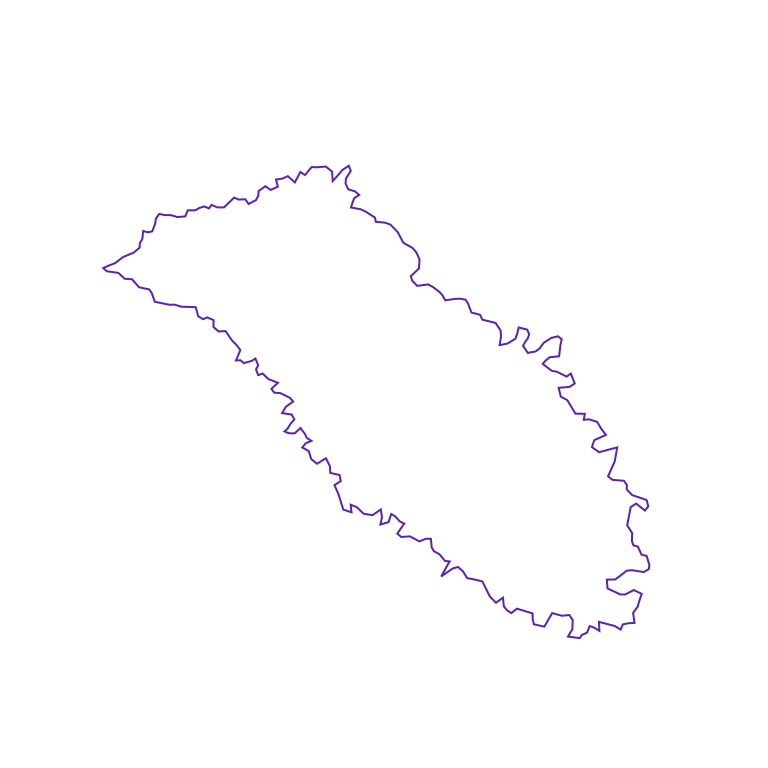 Quevedos, Rio Grande do Sul, Brazil, rotated 283°
{"feature_id": "56859067B61600726657402", "entity_name": "Quevedos", "entity_type": "district", "adm_level": 2, "iso_a3": "BRA", "parent_name": "Brazil", "parent_adm1": "Rio Grande do Sul", "projection": "orthographic", "projection_center": [-54.066, -29.293], "detail": "fine", "context": "isolated", "style": "outline", "palette": "violet", "viewbox_px": 768, "rotation_deg": 283, "n_neighbors": 0, "source": "geoboundaries", "source_scale": "gbopen_adm2", "svg_char_len": 3702}
<svg xmlns="http://www.w3.org/2000/svg" viewBox="0 0 768 768"><g transform="rotate(283 384 384)"><path d="M183.6,594.8L198.6,599.4L198.2,609.5L200.6,616.6L196.3,621.0L187.4,622.7L179.3,620.1L180.4,631.8L184.1,633.3L187.3,637.7L194.4,638.9L193.8,643.9L191.9,649.4L200.6,647.0L200.1,663.4L197.9,669.8L203.5,670.8L205.9,676.0L207.6,681.9L217.0,678.2L224.0,681.2L230.7,681.6L237.5,682.3L239.4,673.7L233.2,666.3L232.1,661.6L235.1,647.8L243.5,645.1L245.6,653.4L256.8,662.6L258.4,667.8L259.2,679.4L263.1,683.6L267.1,683.4L275.6,678.6L275.6,673.4L282.7,667.9L282.9,663.3L287.0,660.8L294.5,659.4L301.0,652.7L319.6,652.1L324.2,656.6L319.4,666.8L324.3,669.0L330.0,666.0L331.6,650.7L336.0,644.1L340.0,643.5L343.7,639.6L342.0,628.2L344.4,623.1L360.7,626.2L374.7,625.5L371.7,619.8L365.9,608.9L369.3,600.8L376.6,601.5L384.3,611.7L389.3,605.7L395.1,600.1L395.7,591.9L394.1,586.7L400.1,586.4L398.2,577.2L409.5,566.2L411.5,559.1L419.6,555.0L422.9,565.4L427.4,569.7L436.2,563.7L432.3,560.2L434.9,549.4L434.5,544.7L439.3,534.1L443.3,536.3L447.4,539.5L450.4,548.4L461.8,547.1L467.6,547.1L469.6,542.7L466.5,536.6L460.1,530.4L453.3,527.4L449.8,524.4L446.7,517.1L452.4,510.9L456.9,512.1L460.6,513.8L465.1,514.3L469.2,511.3L469.4,502.5L462.9,502.5L457.6,501.8L451.1,495.1L447.9,487.9L456.5,487.4L462.3,485.6L468.6,479.0L468.8,465.4L473.1,462.0L473.3,453.1L481.5,447.6L484.5,444.5L484.3,439.3L483.0,434.3L479.3,424.9L483.6,421.0L486.2,417.3L489.5,409.8L491.0,404.7L487.1,394.3L491.0,388.2L495.1,385.9L504.5,392.1L513.4,390.6L519.4,386.0L522.9,381.4L526.0,371.0L535.0,363.3L540.8,354.3L541.4,348.3L540.2,339.5L544.1,337.8L547.7,327.9L549.0,322.2L548.6,312.1L554.7,312.6L558.5,313.3L562.6,317.3L565.2,312.4L565.7,305.3L570.6,301.5L575.6,300.7L584.2,303.7L588.7,300.6L583.3,295.4L576.9,292.1L570.2,288.4L579.3,285.6L582.8,278.3L580.1,270.1L579.1,264.7L569.8,260.0L571.8,254.8L560.4,251.8L564.9,243.5L561.4,239.0L558.9,232.8L552.4,236.2L547.6,229.9L550.0,223.9L543.8,218.4L539.6,219.2L534.4,217.9L528.9,211.6L532.8,207.3L531.0,200.9L531.9,196.0L520.1,188.4L518.6,182.1L519.7,175.7L515.7,173.9L516.6,169.1L514.1,164.6L510.8,161.1L509.1,153.7L502.6,152.7L500.2,145.1L500.6,138.6L499.2,132.0L499.2,126.8L494.0,124.5L488.8,125.0L480.6,123.8L478.7,119.9L478.9,115.0L470.9,115.9L466.2,114.4L461.9,115.2L455.8,110.6L449.1,101.3L441.2,94.7L437.0,88.5L433.8,84.4L431.5,88.5L432.5,100.1L428.2,107.7L429.4,114.9L423.2,123.5L423.2,128.7L423.4,133.9L420.2,137.4L412.6,142.1L412.9,156.8L414.2,162.1L413.7,169.2L415.0,175.4L416.5,183.3L408.1,187.8L406.5,193.2L409.1,196.7L407.9,203.6L401.2,205.0L398.0,211.0L399.9,217.8L392.3,226.0L388.9,231.4L384.8,236.4L373.6,234.5L374.9,238.8L372.8,242.6L376.8,250.0L379.9,253.0L374.0,257.2L369.5,256.0L364.3,259.4L366.9,263.4L362.8,270.2L361.3,280.4L354.0,275.4L350.9,278.9L351.8,285.1L349.4,295.4L346.5,299.4L339.7,293.5L332.7,291.3L333.5,300.9L329.4,304.6L323.8,301.7L318.8,300.1L315.4,297.7L314.6,302.4L315.8,308.0L322.3,312.5L317.6,318.1L314.1,320.9L312.2,326.1L308.7,321.1L303.7,318.7L301.8,325.7L294.5,330.0L291.2,336.7L298.6,344.1L291.7,349.8L285.3,351.6L285.3,361.2L279.7,363.7L274.3,358.5L266.3,364.5L258.9,368.8L252.5,372.6L251.7,381.2L258.9,378.7L257.9,385.2L253.0,393.3L253.6,402.2L261.0,409.1L253.7,412.0L246.3,412.1L250.4,419.5L259.0,420.3L257.5,424.7L253.7,430.3L252.5,435.1L241.2,430.6L238.8,435.3L241.4,443.5L238.6,453.9L242.6,459.5L243.7,464.5L235.6,467.2L232.3,470.2L230.6,476.3L225.3,483.3L225.9,487.9L221.4,486.5L209.3,483.0L219.7,492.4L222.4,497.3L219.3,503.0L213.6,508.7L213.9,516.9L213.7,524.3L200.8,534.9L196.1,542.3L202.5,548.0L194.3,550.8L191.3,554.6L189.4,559.6L195.0,564.1L193.9,580.4L188.1,581.9L183.6,584.1L183.6,594.8Z" fill="none" stroke="#5b21b6" stroke-width="2"/></g></svg>